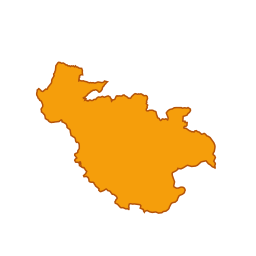 Barzava, Arad, Romania, rotated 241°
{"feature_id": "2599482B44440142335620", "entity_name": "Barzava", "entity_type": "district", "adm_level": 2, "iso_a3": "ROU", "parent_name": "Romania", "parent_adm1": "Arad", "projection": "mercator", "projection_center": [22.115, 46.112], "detail": "fine", "context": "isolated", "style": "filled", "palette": "amber", "viewbox_px": 256, "rotation_deg": 241, "n_neighbors": 0, "source": "geoboundaries", "source_scale": "gbopen_adm2", "svg_char_len": 5852}
<svg xmlns="http://www.w3.org/2000/svg" viewBox="0 0 256 256"><g transform="rotate(241 128 128)"><path d="M112.8,191.0L114.3,191.7L116.8,190.4L116.8,189.1L118.2,187.4L119.0,185.1L119.9,184.6L122.4,180.2L123.3,178.2L123.2,176.1L123.9,173.7L123.9,172.6L123.5,170.5L123.1,170.0L122.9,169.1L122.3,168.7L117.4,168.1L115.8,166.6L115.9,166.4L117.5,165.8L117.7,165.5L117.9,164.0L119.2,162.7L119.3,162.3L119.0,161.6L118.7,160.3L118.8,160.1L119.9,159.8L121.1,159.9L121.7,159.6L122.1,159.1L122.9,158.9L124.1,159.3L125.1,159.3L128.6,160.3L129.1,160.1L130.5,158.8L131.2,158.5L131.8,157.8L133.2,155.2L133.1,154.2L133.6,153.1L133.9,152.8L134.7,152.6L135.5,153.1L136.0,153.6L136.3,154.5L136.5,154.7L137.5,155.0L138.5,156.3L140.0,155.8L140.7,155.9L141.3,156.9L142.3,157.1L142.7,157.4L144.2,159.3L146.0,160.0L147.2,159.8L147.7,159.4L148.4,157.8L149.2,157.1L149.7,157.2L151.6,155.9L152.0,154.6L152.7,153.8L152.7,153.0L154.6,150.9L154.5,149.4L153.7,146.3L152.9,145.1L152.9,144.2L153.6,143.5L153.8,142.8L155.4,142.4L158.0,140.8L158.7,140.7L159.2,139.7L159.0,138.3L159.3,137.4L160.5,135.7L160.8,134.5L161.3,134.3L161.6,133.4L161.3,132.8L159.5,130.4L159.6,129.3L159.9,128.5L159.4,126.6L160.4,126.9L161.0,127.6L162.2,127.2L163.7,127.4L165.6,126.3L165.9,125.4L166.4,122.1L168.1,120.9L168.3,118.6L169.3,117.5L169.5,116.4L169.2,114.8L168.6,113.6L169.2,112.7L169.5,111.7L169.2,110.8L169.4,110.0L170.0,109.0L170.9,108.5L171.1,108.0L170.8,106.1L171.1,106.5L171.1,106.0L171.6,106.0L171.9,105.5L172.0,105.1L172.8,105.0L173.1,104.7L173.2,104.0L174.0,105.2L174.2,104.7L174.4,104.9L174.4,105.2L174.6,105.1L174.9,104.3L175.3,104.4L175.4,104.0L175.6,104.3L175.6,103.7L176.0,103.6L176.1,104.7L175.9,105.4L176.7,108.7L177.1,109.0L177.8,113.5L178.0,113.6L177.8,114.8L178.0,115.9L177.4,116.6L177.3,117.7L177.1,118.3L175.5,119.5L173.7,119.8L173.2,120.4L173.2,121.2L173.5,122.2L173.5,122.6L174.5,124.3L175.6,125.2L176.1,125.9L176.3,126.9L177.3,128.7L177.6,130.0L178.2,131.3L178.4,132.4L180.5,130.2L180.0,129.4L180.0,128.3L180.4,127.1L182.8,124.1L183.3,120.8L184.5,119.6L185.2,118.0L185.9,117.3L186.2,116.1L186.8,115.7L187.3,115.0L188.3,114.5L190.0,112.5L190.8,112.0L191.6,110.3L192.9,108.9L193.1,107.8L194.2,108.5L194.0,108.8L194.3,108.8L194.2,108.6L195.9,109.9L196.1,110.1L196.1,110.4L196.3,110.3L197.2,110.9L197.3,111.3L197.3,111.9L197.4,112.4L197.1,113.3L196.5,114.1L198.9,115.0L200.4,116.0L202.6,116.4L203.7,114.7L204.6,113.9L205.8,113.5L206.4,112.4L207.8,112.2L207.5,110.8L208.8,110.4L209.0,109.4L209.8,108.6L209.7,107.4L210.6,107.1L211.4,105.6L212.7,105.3L213.3,104.3L214.7,103.8L216.3,102.8L216.8,101.2L218.1,100.5L218.2,100.0L218.9,99.6L219.1,99.1L219.0,98.3L217.4,95.1L213.5,92.4L212.7,91.3L211.9,90.7L211.3,89.2L210.2,88.7L209.5,88.7L207.5,85.2L206.7,84.4L205.5,83.7L204.5,82.8L202.4,77.9L201.2,76.2L201.1,75.8L201.9,75.0L201.7,74.1L201.7,73.5L201.2,71.5L201.3,71.1L202.2,70.1L203.2,70.0L205.7,69.1L205.8,68.9L205.3,68.1L205.3,67.1L203.7,66.0L202.7,65.0L201.2,64.2L199.6,64.2L197.3,63.9L195.9,64.5L195.1,64.2L193.5,65.2L189.6,64.7L188.0,63.7L186.9,61.5L186.6,61.1L185.2,60.7L184.0,60.1L182.8,60.7L180.8,61.1L180.4,61.4L178.9,61.2L176.2,60.3L175.8,60.7L174.6,61.2L173.8,61.9L172.7,61.9L171.4,62.4L170.0,63.6L169.4,65.2L169.0,65.9L168.8,66.8L167.1,70.8L167.5,73.4L167.2,73.8L166.8,73.9L165.4,73.3L164.0,74.5L161.6,75.8L159.3,75.7L158.7,75.2L158.2,75.0L157.6,75.1L155.2,76.2L154.2,76.4L152.3,75.6L149.0,74.6L148.3,75.2L146.9,75.8L145.6,76.7L144.1,76.7L141.9,75.9L141.0,75.9L140.4,76.0L140.0,77.0L139.3,77.4L138.2,77.6L136.7,77.1L133.6,75.4L132.6,73.4L131.9,72.7L131.3,72.6L131.0,71.7L130.9,70.9L131.1,69.8L131.0,68.8L130.0,68.2L126.6,68.7L126.3,66.7L125.7,65.8L125.2,65.6L124.7,65.8L123.6,65.6L121.8,68.1L121.7,69.5L121.4,69.9L119.4,69.3L119.5,69.0L119.8,68.9L119.6,68.7L120.4,68.7L119.9,68.7L120.0,68.4L119.6,68.4L120.4,68.2L120.5,68.0L120.0,67.9L119.3,68.4L118.8,67.8L119.0,67.5L118.8,67.4L118.7,67.6L117.7,67.8L117.1,68.2L117.2,68.6L116.5,68.5L115.9,68.8L115.4,69.1L115.2,69.7L114.6,70.4L113.8,70.1L112.8,70.5L111.8,70.4L110.1,70.9L108.6,68.9L107.9,66.0L106.7,65.9L105.8,68.2L103.9,69.1L102.1,68.9L100.5,68.2L99.7,68.3L98.6,69.3L97.6,71.0L96.8,71.6L95.7,71.4L94.2,71.6L93.1,71.5L88.9,73.2L87.8,72.3L86.0,72.8L85.6,73.2L85.5,73.6L85.1,76.6L85.3,79.0L85.1,79.5L82.9,80.1L82.2,81.0L81.3,81.6L77.7,82.1L77.0,83.1L76.6,83.5L74.1,84.6L72.3,84.7L71.6,84.3L71.1,82.7L70.1,81.5L69.8,80.8L68.5,80.4L66.4,81.9L62.0,82.9L61.3,83.8L60.8,85.0L58.3,86.9L57.4,88.9L56.6,88.9L56.4,89.3L57.8,90.2L59.2,90.7L60.6,91.9L60.9,92.4L60.6,93.5L59.1,95.3L58.6,96.6L55.5,100.8L55.0,101.3L54.0,101.6L53.0,100.9L52.0,99.8L49.3,101.9L48.0,101.4L46.4,101.5L47.0,102.4L46.6,104.7L44.0,106.5L42.4,108.3L41.1,111.6L38.8,113.4L37.5,116.5L37.8,118.4L36.9,121.0L37.3,123.6L37.7,124.7L38.8,125.9L40.7,128.7L41.1,130.0L41.0,131.0L40.3,133.4L40.9,135.9L42.4,137.5L43.9,139.7L44.0,140.9L43.7,143.2L43.8,144.5L44.1,145.9L45.1,146.8L45.7,147.7L46.7,148.1L48.2,148.1L49.5,147.4L50.6,145.7L50.9,144.3L51.0,142.9L51.9,141.2L54.1,139.8L55.1,139.8L58.3,142.6L64.8,143.7L66.8,144.5L67.4,145.4L67.3,149.2L67.7,151.5L68.5,152.0L66.6,154.5L66.4,157.1L66.6,161.1L66.5,162.0L63.5,165.0L62.0,168.6L61.8,170.7L62.9,175.6L61.5,180.3L57.7,181.0L55.8,182.1L53.1,183.0L52.3,183.8L50.8,184.7L51.1,185.0L53.0,185.7L54.2,187.0L55.1,187.2L57.4,186.9L59.8,190.1L61.7,190.3L63.4,189.6L64.1,189.8L64.8,190.5L65.7,192.1L68.4,194.3L69.6,195.1L71.0,195.6L73.6,195.9L79.7,195.2L81.7,194.2L83.0,193.1L84.9,192.8L86.1,192.2L86.4,191.9L86.5,190.6L86.9,189.3L89.9,188.3L91.0,187.1L92.6,186.4L93.0,184.8L92.5,184.2L92.6,183.7L93.4,182.8L94.0,181.7L94.7,181.4L96.2,180.2L99.5,178.7L100.6,177.0L101.1,176.9L101.6,177.2L102.0,178.4L101.6,178.9L101.4,179.5L101.7,180.8L104.1,182.4L105.2,180.6L106.2,181.2L107.5,179.3L111.4,181.9L110.7,185.4L110.7,186.1L111.5,187.2L111.9,189.4L112.4,190.1L112.8,191.0Z" fill="#f59e0b" stroke="#b45309" stroke-width="1.5"/></g></svg>